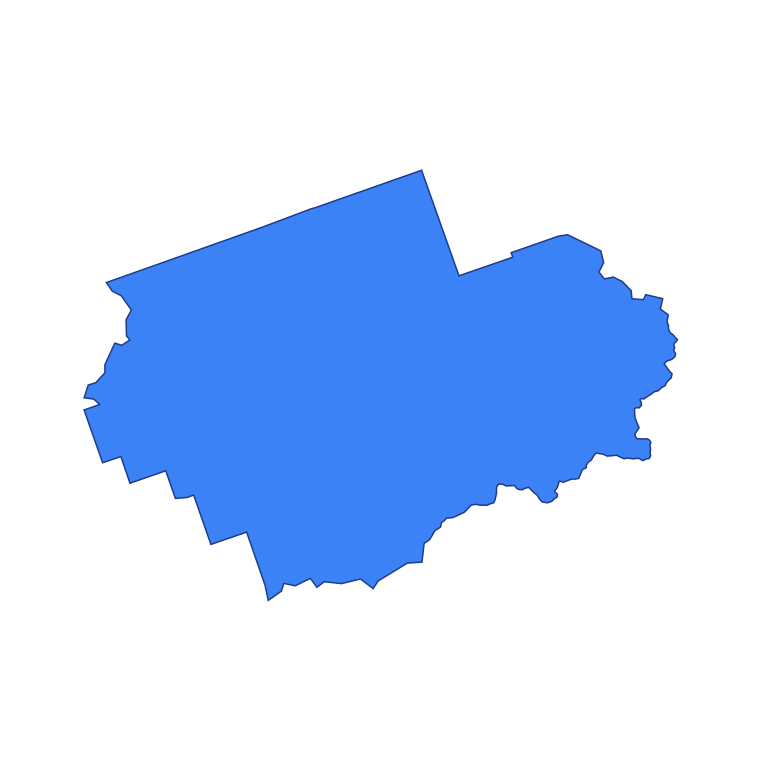 Granite, Montana, United States of America (Albers equal-area conic projection), rotated 251°
{"feature_id": "52423323B51544085831783", "entity_name": "Granite", "entity_type": "district", "adm_level": 2, "iso_a3": "USA", "parent_name": "United States of America", "parent_adm1": "Montana", "projection": "albers", "projection_center": [-113.634, 46.386], "detail": "fine", "context": "isolated", "style": "filled", "palette": "blue", "viewbox_px": 768, "rotation_deg": 251, "n_neighbors": 0, "source": "geoboundaries", "source_scale": "gbopen_adm2", "svg_char_len": 2615}
<svg xmlns="http://www.w3.org/2000/svg" viewBox="0 0 768 768"><g transform="rotate(251 384 384)"><path d="M357.0,675.2L364.9,669.7L373.9,675.3L383.3,660.6L379.3,656.8L383.9,646.2L391.8,648.1L403.4,642.6L410.5,635.6L411.6,626.6L419.9,623.7L427.2,631.2L439.3,632.3L465.4,606.1L467.0,596.9L466.8,547.0L462.0,547.0L461.9,490.1L573.9,489.1L573.7,460.7L573.1,375.9L573.4,372.4L571.9,319.0L570.3,154.5L560.3,157.3L552.8,164.4L536.2,169.2L528.6,161.0L513.4,156.2L508.4,158.0L506.0,148.6L510.3,142.8L493.1,126.4L485.5,123.8L479.1,112.0L479.3,103.9L468.6,96.0L464.2,104.7L457.2,108.5L457.1,92.0L452.0,92.0L401.2,92.3L401.0,111.6L372.9,111.5L373.0,149.4L343.8,149.5L340.9,160.4L340.9,167.9L288.7,168.1L288.7,205.9L232.4,206.0L217.1,204.1L221.6,219.6L228.1,224.4L222.1,234.3L224.2,251.1L213.6,254.4L216.5,263.1L209.1,278.8L207.3,298.3L194.1,307.1L199.7,314.4L207.1,347.8L203.2,361.9L220.1,370.0L221.7,375.2L222.0,376.5L224.9,380.0L228.7,384.3L230.3,390.9L234.4,393.3L235.0,396.3L236.8,399.3L235.3,405.4L236.0,412.7L236.7,418.6L239.0,422.7L241.1,427.3L240.4,431.4L238.3,435.2L237.1,438.3L235.8,441.9L236.1,445.2L236.0,449.2L238.6,451.5L244.3,454.9L250.0,456.9L252.0,459.7L250.7,463.5L247.8,466.3L245.5,474.3L242.0,475.6L240.3,477.3L238.9,480.7L239.5,483.3L239.1,487.3L237.0,488.2L232.6,490.3L229.3,492.5L225.2,493.4L220.9,495.2L218.5,499.7L218.4,504.1L220.0,507.7L220.8,510.9L223.1,512.1L226.1,510.7L227.8,510.9L228.7,512.9L231.0,515.2L233.6,517.0L234.8,517.5L234.9,518.9L233.9,520.0L232.7,521.6L232.9,525.2L233.0,527.8L232.9,531.1L231.8,533.9L231.4,537.3L233.2,539.1L235.9,541.5L237.7,542.8L238.9,545.1L238.6,546.5L239.1,548.2L240.9,548.5L243.5,551.5L244.6,555.2L247.7,558.8L249.7,562.0L246.1,568.6L243.2,571.5L241.6,577.6L241.0,580.7L238.6,583.0L235.1,586.7L234.9,589.7L233.6,592.3L232.1,595.3L230.9,600.6L227.2,603.8L227.8,608.1L227.1,610.3L229.3,612.8L231.5,613.0L236.3,615.0L239.4,615.5L242.0,617.3L244.6,616.7L246.5,615.0L247.6,611.3L248.6,608.9L249.8,605.6L252.6,604.5L255.2,605.1L257.9,608.8L259.7,611.0L265.1,610.5L270.2,610.4L275.5,611.7L279.0,612.8L279.5,614.5L278.4,617.5L280.2,620.7L283.9,621.3L285.7,620.6L286.5,622.6L285.2,624.7L285.9,626.9L286.6,630.0L287.3,632.9L288.7,637.2L288.3,641.0L290.3,645.4L290.8,649.2L293.6,651.9L296.4,657.6L299.9,659.7L303.0,658.2L306.3,657.2L310.3,655.9L311.7,655.4L313.4,658.2L313.6,660.9L313.5,664.0L315.2,668.0L317.7,669.6L321.1,668.8L323.9,670.8L326.0,670.5L328.1,671.8L328.7,673.9L330.5,676.0L332.3,674.9L336.3,673.4L339.2,671.4L342.0,671.0L344.3,671.1L346.8,672.1L350.3,671.8L353.7,673.5L355.4,674.6L357.0,675.2Z" fill="#3b82f6" stroke="#1e3a8a" stroke-width="1.5"/></g></svg>